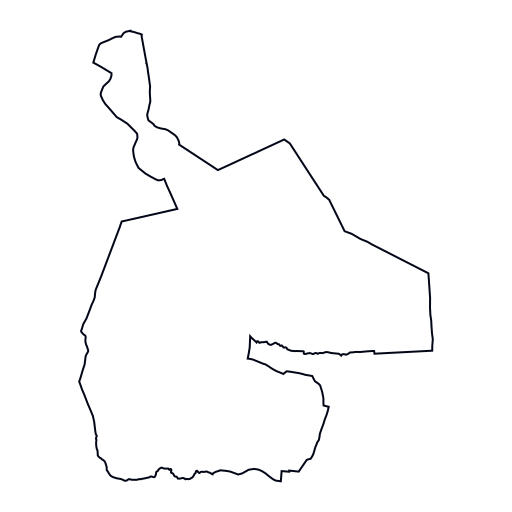 Capulhuac, México, Mexico (orthographic projection)
{"feature_id": "50627088B65520892305062", "entity_name": "Capulhuac", "entity_type": "district", "adm_level": 2, "iso_a3": "MEX", "parent_name": "Mexico", "parent_adm1": "México", "projection": "orthographic", "projection_center": [-99.466, 19.217], "detail": "fine", "context": "isolated", "style": "outline", "palette": "ink", "viewbox_px": 512, "rotation_deg": 0, "n_neighbors": 0, "source": "geoboundaries", "source_scale": "gbopen_adm2", "svg_char_len": 5989}
<svg xmlns="http://www.w3.org/2000/svg" viewBox="0 0 512 512"><path d="M323.9,195.9L289.8,143.4L284.2,139.5L217.9,170.1L179.1,144.6L179.3,143.4L178.8,141.2L178.1,139.6L176.7,137.0L174.9,135.1L168.0,130.3L166.1,129.5L164.8,129.1L161.1,128.5L157.9,127.6L156.6,127.1L155.8,126.6L154.5,125.8L153.5,124.2L151.1,122.3L148.6,120.5L147.9,118.7L147.3,115.8L147.2,114.8L147.6,112.8L148.6,109.4L149.4,105.1L150.0,102.9L150.3,101.3L150.2,98.8L150.0,96.2L149.8,92.8L149.9,89.5L150.1,86.4L150.0,85.4L149.7,83.7L148.9,77.6L147.8,70.5L147.8,69.7L147.0,65.2L146.7,63.8L146.3,63.5L146.5,63.1L146.4,62.1L145.9,59.7L141.7,36.8L141.6,35.1L141.8,34.6L140.4,33.9L136.9,33.0L134.3,32.1L130.6,31.3L130.5,30.7L125.7,31.8L123.6,33.2L121.0,36.8L119.4,36.5L115.5,36.9L112.3,38.3L109.0,40.0L102.0,42.8L100.0,43.9L99.0,45.3L95.9,54.1L93.3,62.6L96.6,64.4L100.2,66.4L111.5,73.2L111.4,75.9L110.9,77.4L110.3,79.1L108.8,81.4L105.8,84.1L103.4,86.5L102.0,89.7L100.7,93.3L100.8,95.6L102.8,100.1L105.2,103.9L110.1,109.4L116.7,117.1L120.9,119.5L127.4,123.7L134.7,131.0L137.1,133.7L137.4,136.2L137.4,137.9L137.0,139.4L135.5,142.7L133.4,147.7L133.3,148.6L133.1,150.4L133.7,155.3L134.3,158.0L135.6,162.1L138.5,167.9L145.5,173.6L151.1,176.9L152.7,177.7L155.6,179.3L158.1,180.3L159.2,180.3L161.0,180.1L164.2,178.8L167.0,185.9L170.4,193.2L177.3,208.9L121.7,221.5L120.3,225.4L119.8,227.0L101.1,276.5L95.6,290.0L95.1,293.3L94.7,297.5L93.5,300.8L91.6,304.9L89.0,311.9L86.4,318.6L83.6,323.5L83.0,324.9L82.5,326.7L82.1,328.2L81.0,331.2L81.8,332.5L83.6,334.5L84.8,335.2L85.5,336.1L85.7,337.4L85.4,339.6L85.4,341.7L86.0,344.3L87.2,347.2L88.2,350.4L88.1,351.5L86.8,353.8L85.7,356.0L84.6,364.5L82.5,370.9L80.4,378.2L79.2,381.5L82.1,389.6L84.2,394.5L87.6,403.4L91.1,411.6L92.9,416.0L94.2,421.9L95.2,430.5L95.5,432.4L95.6,433.1L95.8,433.9L96.1,434.7L96.5,435.4L96.7,435.8L96.7,436.3L96.5,436.8L96.2,437.4L96.1,437.9L96.0,438.5L96.0,438.9L96.2,439.2L96.3,439.7L96.4,440.1L96.2,441.6L96.1,443.9L96.3,446.3L96.8,448.9L96.9,449.3L97.4,450.2L97.5,450.5L97.8,455.5L98.1,456.0L99.0,457.0L99.8,457.7L100.6,458.1L101.4,458.7L101.9,459.3L103.5,460.3L104.2,460.9L104.6,461.4L105.3,462.6L105.6,463.5L106.0,464.8L106.5,466.5L106.7,467.4L106.7,469.8L106.9,470.4L107.6,471.2L108.3,472.4L109.7,474.6L110.4,475.4L111.2,476.1L113.0,477.1L116.7,478.3L120.4,478.9L122.2,479.5L124.6,480.7L125.3,480.8L126.5,480.6L127.9,479.7L129.1,479.1L131.0,479.6L133.0,479.8L134.8,479.8L136.5,479.8L137.3,479.7L138.5,479.3L139.1,479.1L140.9,479.2L141.4,479.1L141.7,478.9L142.5,478.7L142.9,478.7L143.5,478.6L146.3,478.0L147.8,477.6L148.6,477.6L150.0,476.9L150.4,476.6L151.4,476.5L153.5,477.1L154.2,477.1L154.7,476.9L155.3,476.1L155.3,475.8L155.6,475.1L155.7,474.9L155.9,474.4L156.2,472.1L156.5,471.7L157.8,471.0L158.0,470.6L158.3,470.0L158.7,469.5L159.3,468.8L160.5,468.1L160.9,467.8L161.3,467.7L162.0,467.7L162.5,468.0L163.4,468.3L164.6,468.6L168.4,468.6L168.6,468.8L168.9,469.4L169.4,469.8L169.8,469.7L170.0,469.3L170.3,469.1L170.6,469.0L170.9,469.2L171.2,469.5L171.3,469.8L171.3,470.7L171.1,471.2L171.1,471.8L171.0,472.4L171.2,472.7L171.4,472.9L172.2,473.1L173.2,473.8L173.8,474.9L174.1,475.5L174.3,475.9L175.1,476.5L176.4,476.7L176.9,477.0L177.2,477.3L177.6,478.2L177.8,478.5L178.1,478.6L179.3,478.7L181.7,478.2L182.6,478.0L183.6,478.1L183.8,478.3L184.0,478.4L184.6,478.5L184.8,478.6L185.0,479.0L185.3,479.2L185.5,479.3L186.0,479.1L186.3,479.0L187.0,479.0L187.4,479.0L188.4,479.2L190.4,478.7L191.1,478.1L192.0,477.7L192.8,477.0L193.1,476.4L193.7,475.7L194.3,474.3L194.6,473.8L195.1,473.5L195.7,472.8L195.8,471.8L196.1,471.1L196.5,470.9L197.0,470.8L197.3,471.0L197.6,471.4L198.0,471.9L198.3,472.3L198.9,472.8L199.4,473.0L200.8,471.9L201.1,471.8L202.5,471.8L203.3,471.9L204.0,471.9L205.6,471.7L206.5,471.5L207.0,471.6L207.4,471.8L207.7,472.0L209.6,472.7L211.7,473.8L212.0,474.0L212.3,474.3L212.7,474.3L212.9,473.5L213.2,473.2L214.7,472.4L215.8,471.8L216.9,471.5L217.5,471.2L218.2,471.1L218.9,470.9L219.2,470.6L219.6,470.5L220.0,470.5L220.3,470.3L226.4,470.9L230.3,471.6L234.7,473.2L238.2,474.5L242.2,473.4L247.7,470.3L248.6,469.8L250.8,469.4L254.1,468.9L258.5,469.6L261.9,471.1L265.4,473.3L269.2,476.4L273.1,479.3L275.8,480.6L280.8,481.3L281.0,479.2L281.6,471.1L289.2,471.7L289.2,470.6L298.7,471.6L306.8,459.8L310.7,458.7L312.5,455.8L313.6,453.2L315.4,447.0L315.5,446.8L315.8,446.0L316.5,444.4L317.3,442.3L318.8,440.1L319.4,437.5L319.9,433.7L321.7,428.5L323.1,424.9L324.8,419.4L326.6,414.7L327.7,411.2L328.2,409.1L328.7,406.8L323.6,405.5L323.4,402.6L323.4,398.2L322.8,395.1L322.1,391.7L320.2,385.6L319.2,384.3L318.2,383.5L315.0,381.3L313.9,379.4L312.9,377.3L312.2,376.0L305.2,374.8L302.6,374.0L298.8,373.1L294.3,372.4L290.1,371.7L286.6,371.3L283.3,374.0L282.7,373.6L276.4,371.1L272.4,368.9L267.1,365.4L265.5,364.4L263.3,363.8L252.8,359.5L248.9,358.7L247.7,358.6L248.7,353.6L249.7,347.5L250.2,336.3L251.4,337.7L254.2,340.2L256.5,342.4L256.7,341.8L257.3,341.2L258.3,341.5L259.1,342.6L259.8,342.8L260.9,342.3L262.3,342.2L263.8,342.2L265.3,341.9L266.7,341.7L267.2,342.5L268.5,344.1L269.6,344.6L270.9,344.9L272.1,344.4L273.4,343.7L275.3,342.7L276.1,342.9L276.9,343.4L277.4,344.0L279.2,344.4L279.8,345.5L280.3,345.8L281.2,345.8L281.7,345.5L282.9,346.6L283.4,347.4L284.3,347.6L285.5,347.3L286.4,347.7L287.4,349.3L291.2,350.8L294.9,351.1L296.9,351.0L298.7,351.1L302.9,351.2L303.7,351.5L303.8,352.3L303.8,352.9L303.9,353.7L304.6,354.0L305.8,353.9L308.0,353.3L309.9,353.1L311.4,353.5L312.5,354.0L313.1,354.1L314.2,353.5L315.5,353.0L316.7,353.2L317.6,353.8L319.8,352.9L321.8,353.1L323.7,352.8L325.1,352.3L326.4,352.0L328.4,352.3L331.1,353.0L339.0,353.8L341.2,355.6L342.1,354.4L343.6,354.1L346.2,354.7L348.2,353.8L350.2,352.4L352.2,352.4L356.0,351.9L360.3,352.0L366.6,351.4L372.3,351.0L374.1,351.0L374.5,353.7L432.2,350.7L432.3,345.5L432.8,339.2L432.0,333.3L431.5,326.4L431.2,320.4L430.4,315.2L430.0,307.6L430.1,298.0L428.4,273.3L372.4,244.7L367.6,241.9L360.3,238.9L355.6,236.1L351.8,233.9L344.6,231.2L329.2,199.8L326.0,197.1L323.9,195.9Z" fill="none" stroke="#020617" stroke-width="2"/></svg>